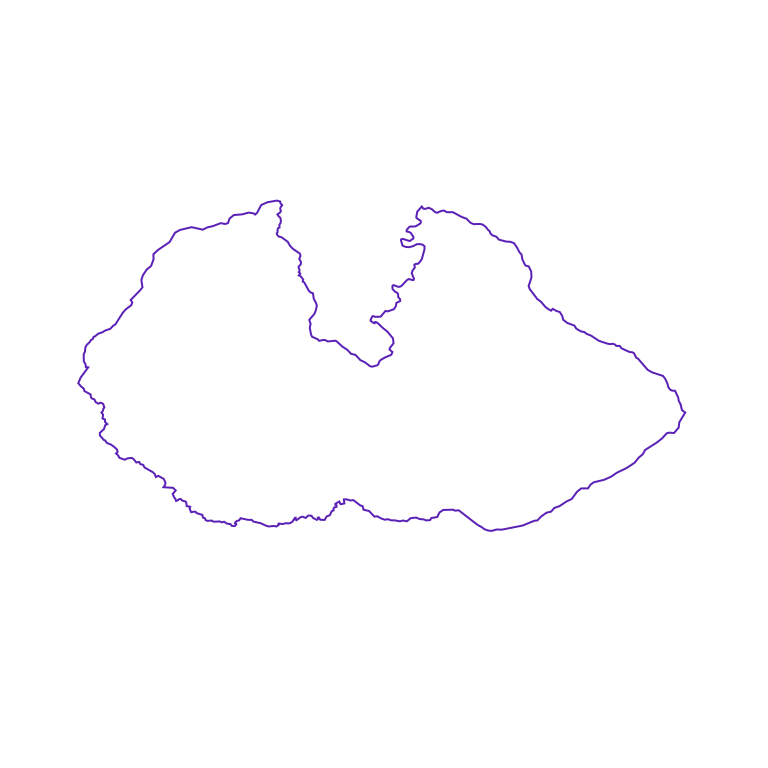 outline of Mapoteng, Berea, Lesotho, rotated 288°
{"feature_id": "5366337B76101580531091", "entity_name": "Mapoteng", "entity_type": "district", "adm_level": 2, "iso_a3": "LSO", "parent_name": "Lesotho", "parent_adm1": "Berea", "projection": "robinson", "projection_center": [27.99, -29.125], "detail": "fine", "context": "isolated", "style": "outline", "palette": "violet", "viewbox_px": 768, "rotation_deg": 288, "n_neighbors": 0, "source": "geoboundaries", "source_scale": "gbopen_adm2", "svg_char_len": 6149}
<svg xmlns="http://www.w3.org/2000/svg" viewBox="0 0 768 768"><g transform="rotate(288 384 384)"><path d="M449.9,679.3L451.3,675.4L456.5,672.2L459.1,669.5L462.0,668.0L467.5,662.9L466.7,660.0L467.2,657.5L469.2,655.1L471.9,653.5L475.6,650.1L477.9,646.9L477.9,635.5L478.9,630.5L486.5,617.9L487.2,615.4L490.5,612.3L490.9,610.1L490.3,607.8L491.3,599.0L493.1,596.3L492.0,593.3L492.9,591.4L493.0,589.3L491.7,586.5L491.4,583.6L491.5,575.0L494.0,566.0L494.3,561.2L495.3,558.5L494.9,555.3L495.5,552.0L496.2,549.6L498.4,547.1L498.7,539.4L500.5,534.5L503.9,532.4L506.8,528.9L506.7,525.9L507.6,521.2L505.4,520.3L506.0,517.1L507.2,513.6L510.7,507.9L512.2,503.5L519.2,493.4L521.8,491.3L531.0,491.3L536.5,489.2L540.6,485.3L540.3,483.3L540.6,481.6L545.1,477.2L549.5,474.9L551.2,472.1L555.0,468.2L558.1,464.1L558.3,460.4L557.2,456.0L556.8,448.8L558.8,445.3L558.8,442.0L559.7,439.1L562.0,437.2L562.7,435.4L564.9,432.2L566.1,428.6L565.9,426.0L563.7,419.7L564.1,416.4L566.7,411.3L566.9,406.1L568.7,396.5L566.8,390.7L567.5,387.5L566.3,385.1L563.2,381.4L563.4,379.0L565.0,375.7L565.4,372.0L563.3,369.2L562.9,367.3L564.5,365.1L558.2,362.4L553.5,363.0L552.3,363.3L551.6,364.5L550.6,368.4L549.1,369.1L547.8,368.9L544.1,365.7L543.1,364.2L542.0,360.5L541.2,359.5L537.7,358.0L536.1,358.3L536.0,358.8L536.3,359.9L536.1,362.6L532.8,366.7L531.4,366.9L527.9,364.3L527.8,357.1L527.1,355.8L526.1,355.6L521.3,358.9L521.1,362.5L521.8,365.3L523.9,368.9L527.2,372.1L528.2,375.2L528.4,377.8L527.5,380.0L524.5,380.9L514.4,381.4L510.4,380.1L508.5,378.8L508.3,377.4L506.9,376.0L504.3,377.3L501.0,376.2L498.0,376.1L493.3,380.0L492.1,380.0L491.7,379.4L491.5,375.2L490.0,373.8L482.5,370.2L481.4,369.0L480.8,367.5L481.0,362.6L480.5,362.0L479.7,361.7L476.9,362.9L475.2,366.0L474.8,368.4L473.9,369.6L471.2,370.6L469.5,373.2L467.9,373.8L464.9,370.7L461.9,371.2L458.2,370.3L454.2,365.1L453.9,362.8L447.0,360.0L445.2,355.0L445.2,352.6L444.7,352.0L441.0,351.4L439.9,351.8L438.9,355.0L438.9,356.3L440.2,356.4L440.4,357.1L440.0,359.2L437.0,365.4L434.9,371.0L430.2,378.4L425.7,380.5L420.0,378.4L418.5,378.6L417.0,382.1L415.2,382.1L413.8,381.7L409.4,376.6L405.8,373.4L404.0,372.6L401.2,372.5L399.8,371.9L396.8,367.4L396.6,365.2L398.7,359.4L399.4,354.1L402.9,347.8L402.5,343.4L405.2,338.5L406.7,332.9L409.9,325.9L410.1,324.2L407.1,317.4L407.6,314.6L407.0,312.4L405.0,309.0L406.1,306.9L406.7,301.0L408.3,299.5L414.3,296.1L418.5,295.6L421.9,293.1L429.1,296.1L432.8,296.4L437.8,295.9L439.9,294.4L443.3,290.9L448.3,288.4L448.4,285.8L449.6,283.5L456.0,276.8L456.3,275.0L458.3,274.9L460.7,271.5L461.0,269.4L463.1,270.3L464.0,268.4L465.9,268.7L469.0,266.5L472.1,267.8L474.1,267.5L476.9,264.7L479.9,265.0L482.0,263.8L484.4,255.6L486.5,251.8L489.5,248.5L491.9,241.3L491.7,238.4L492.8,236.4L494.1,235.4L495.6,235.9L497.6,235.1L499.5,235.1L500.5,236.3L503.0,235.3L505.2,235.9L507.7,235.4L510.1,234.0L511.0,231.9L512.4,230.2L514.8,232.1L516.7,232.5L518.4,231.2L520.1,231.0L522.7,231.9L523.7,229.9L525.5,228.7L525.3,225.4L520.8,216.9L516.2,211.9L507.6,210.4L505.3,209.0L506.0,207.4L505.2,202.3L501.5,196.7L498.3,189.0L493.7,186.0L488.8,185.9L487.1,183.5L486.5,179.0L481.3,172.5L478.3,167.5L474.8,164.0L473.7,152.6L467.5,142.4L463.3,138.5L452.7,136.2L441.6,127.6L436.1,124.6L431.4,126.3L424.2,126.0L419.6,123.0L412.9,121.1L407.9,121.1L401.4,124.4L398.2,123.3L385.6,117.1L383.8,119.4L380.9,119.3L375.1,115.3L370.9,113.5L357.6,110.1L355.8,108.5L352.0,106.7L348.5,102.1L346.3,100.4L343.7,96.8L339.7,94.2L339.2,93.2L336.7,93.1L335.2,91.6L333.2,91.3L329.3,89.2L326.5,88.7L322.2,89.6L319.5,89.2L312.8,91.5L310.4,94.1L308.0,95.2L308.4,97.5L296.4,93.5L290.3,93.0L288.3,96.2L286.7,100.0L284.7,101.3L283.4,108.2L280.9,109.3L279.9,110.7L279.9,113.3L277.8,115.2L277.0,118.3L278.7,120.4L278.3,123.0L275.3,125.3L274.1,124.8L271.3,124.9L269.5,124.1L268.1,126.3L264.2,127.0L264.0,129.6L261.6,130.5L260.4,133.2L258.7,131.6L254.6,131.6L249.6,128.8L247.2,129.8L244.1,135.0L244.2,136.1L242.3,138.7L242.0,143.1L240.5,147.7L238.9,150.6L237.0,151.6L235.1,150.6L234.2,152.8L232.0,155.3L231.9,160.9L234.0,163.0L235.8,167.0L235.0,169.4L232.8,172.7L234.2,175.2L232.5,177.0L232.7,179.9L230.6,182.1L228.6,191.7L227.5,193.8L225.0,195.8L226.9,197.6L225.7,203.8L222.9,206.5L220.7,207.0L217.7,206.2L220.1,215.5L218.4,218.8L214.1,217.0L211.2,219.6L209.9,221.5L208.6,222.3L209.2,223.4L211.3,224.9L211.8,226.1L210.8,228.2L210.9,231.4L210.4,232.4L206.9,234.1L207.4,237.6L205.4,237.6L202.5,240.2L204.2,243.5L204.0,244.8L203.3,245.7L203.4,251.7L201.0,253.1L201.0,255.1L199.4,256.5L199.3,258.5L200.9,262.4L200.4,263.7L200.7,265.5L202.5,270.1L202.3,272.6L203.6,274.5L202.7,277.7L203.3,281.2L202.1,282.9L202.6,285.4L203.0,286.1L204.8,286.9L205.3,286.7L205.5,285.3L206.3,285.3L208.1,286.2L209.6,288.4L212.0,289.1L212.8,296.8L213.9,300.1L212.8,302.5L213.5,309.7L212.8,315.3L212.9,318.4L214.9,323.1L215.3,325.9L217.5,327.4L218.1,326.8L218.8,327.0L219.4,330.6L221.5,334.2L221.8,336.0L222.7,337.7L224.6,339.4L229.3,340.7L229.5,341.4L227.7,341.7L227.4,342.9L231.9,346.1L232.7,347.9L232.4,350.9L235.5,352.6L236.3,355.7L234.8,357.7L234.0,361.9L234.5,362.7L235.5,363.0L236.2,362.4L237.0,363.2L235.2,365.4L236.4,369.6L240.3,370.4L242.4,373.0L246.9,373.6L248.2,375.1L249.6,374.5L251.1,374.7L252.5,376.8L254.0,376.3L254.0,375.1L255.1,374.8L258.4,377.8L256.7,379.3L256.3,380.2L258.2,383.2L261.8,381.5L262.8,384.1L262.8,387.9L264.1,390.7L261.2,398.9L261.2,401.4L258.1,403.5L258.6,409.0L254.9,415.9L256.1,418.3L255.2,423.6L255.2,426.8L256.6,429.3L256.6,433.1L257.6,436.2L258.3,441.4L260.0,444.2L260.5,448.2L264.6,450.8L266.9,455.8L266.6,459.7L267.5,463.7L267.3,466.2L268.8,469.9L271.2,470.5L273.9,475.7L279.0,476.5L282.5,479.2L285.8,488.5L285.5,490.8L287.0,494.0L279.0,516.3L278.0,521.4L277.0,524.0L276.8,528.0L277.5,531.7L280.4,536.0L281.9,541.1L292.3,559.7L300.4,569.2L301.6,572.0L306.4,574.3L311.8,578.3L314.2,582.3L318.8,584.3L322.0,588.6L328.6,593.8L332.7,598.1L341.2,600.9L345.6,603.8L347.8,610.3L352.1,611.5L355.3,613.8L360.9,622.9L366.0,628.6L371.6,632.9L379.3,640.9L386.6,646.7L392.7,649.0L397.1,651.8L401.9,652.7L412.6,661.5L418.2,665.3L424.5,668.1L426.0,670.7L427.0,675.0L433.6,677.7L439.0,676.7L449.9,679.3Z" fill="none" stroke="#5b21b6" stroke-width="2"/></g></svg>